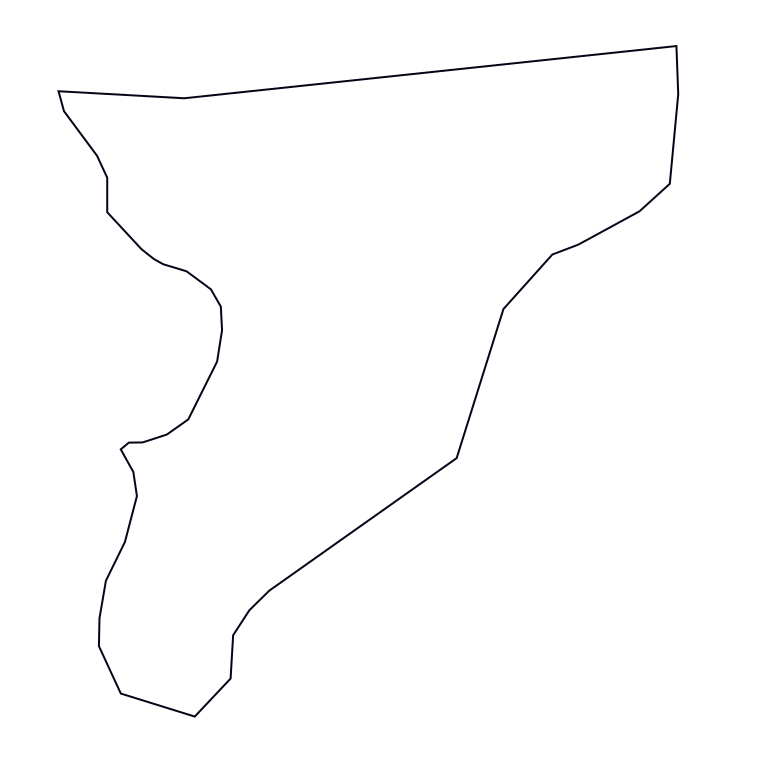 SVG path tracing the border of Radlje ob Dravi, rotated 357°
{"feature_id": "SVN-981", "entity_name": "Radlje ob Dravi", "entity_type": "Municipality", "adm_level": 1, "iso_a3": "SVN", "parent_name": "Slovenia", "parent_adm1": "", "projection": "orthographic", "projection_center": [15.216, 46.586], "detail": "fine", "context": "isolated", "style": "outline", "palette": "ink", "viewbox_px": 768, "rotation_deg": 357, "n_neighbors": 0, "source": "natural_earth", "source_scale": "10m", "svg_char_len": 635}
<svg xmlns="http://www.w3.org/2000/svg" viewBox="0 0 768 768"><g transform="rotate(357 384 384)"><path d="M74.3,74.6L199.3,88.2L693.7,61.8L693.0,110.0L679.9,199.0L648.2,224.9L585.3,255.0L558.9,263.5L507.2,315.4L452.7,461.8L258.7,584.3L237.7,602.9L220.2,627.0L215.4,670.1L177.6,706.2L105.0,679.4L85.6,630.9L87.6,603.1L96.0,565.9L117.0,528.2L131.4,483.0L129.1,458.8L117.7,435.5L126.1,429.2L139.9,429.7L164.5,423.1L186.7,409.1L218.5,352.9L225.1,321.8L225.1,298.2L216.1,280.4L192.7,261.1L169.9,252.9L160.9,247.3L148.9,236.7L116.6,198.0L118.4,163.5L109.4,141.1L78.7,94.8L74.3,74.6Z" fill="none" stroke="#020617" stroke-width="2"/></g></svg>